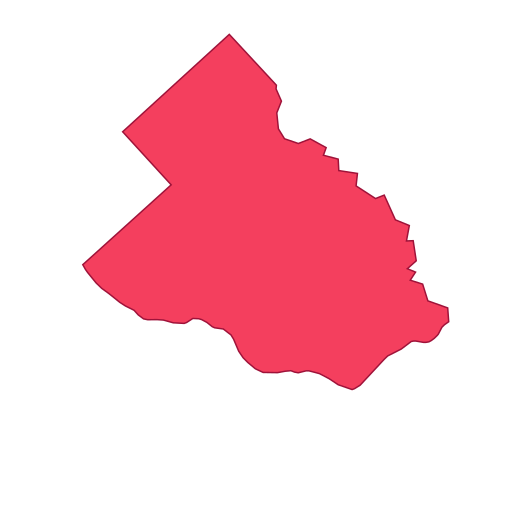 Scott, Iowa, United States of America, rotated 47°
{"feature_id": "52423323B10100313584475", "entity_name": "Scott", "entity_type": "district", "adm_level": 2, "iso_a3": "USA", "parent_name": "United States of America", "parent_adm1": "Iowa", "projection": "orthographic", "projection_center": [-90.532, 41.613], "detail": "fine", "context": "isolated", "style": "filled", "palette": "rose", "viewbox_px": 512, "rotation_deg": 47, "n_neighbors": 0, "source": "geoboundaries", "source_scale": "gbopen_adm2", "svg_char_len": 1319}
<svg xmlns="http://www.w3.org/2000/svg" viewBox="0 0 512 512"><g transform="rotate(47 256 256)"><path d="M75.7,124.4L74.2,268.8L146.1,269.5L144.4,377.9L144.2,388.6L149.6,389.9L153.3,390.4L166.7,391.3L174.5,390.9L183.2,389.2L197.1,387.2L203.4,385.6L212.5,382.2L218.8,382.3L225.3,381.1L228.7,378.7L235.0,371.8L239.7,367.4L248.4,362.1L256.3,354.5L257.3,352.2L258.6,344.8L262.9,340.6L265.5,339.1L271.1,337.2L277.9,336.2L280.3,335.2L287.1,329.7L293.8,328.6L296.6,328.1L301.5,329.1L313.9,333.6L321.6,334.8L322.1,334.8L328.3,334.6L338.0,333.4L346.0,330.2L356.0,319.8L360.2,313.2L363.7,308.7L367.2,307.0L368.4,306.1L370.2,304.8L374.2,297.6L376.1,295.6L380.5,292.8L385.3,289.8L395.6,286.2L406.2,283.7L419.2,276.8L420.2,274.5L421.5,267.9L419.0,232.9L418.9,227.8L423.1,213.3L424.4,200.8L425.7,198.7L427.1,197.2L433.4,192.4L435.0,190.7L436.7,188.1L437.4,185.4L437.8,181.8L437.7,177.6L437.5,176.0L434.9,168.6L434.8,165.0L435.5,159.9L424.7,151.2L406.0,160.9L390.2,153.3L378.9,159.7L376.6,150.3L368.5,154.0L368.8,142.1L352.0,130.6L347.6,135.7L338.3,123.1L324.6,129.4L298.9,120.7L295.5,129.4L273.0,135.0L264.8,125.5L250.0,137.2L241.2,129.8L228.3,138.0L224.6,130.8L207.3,136.5L202.6,148.3L189.7,155.2L178.3,152.9L165.5,143.2L160.1,131.8L147.5,127.4L145.0,124.6L75.7,124.4Z" fill="#f43f5e" stroke="#9f1239" stroke-width="1.5"/></g></svg>